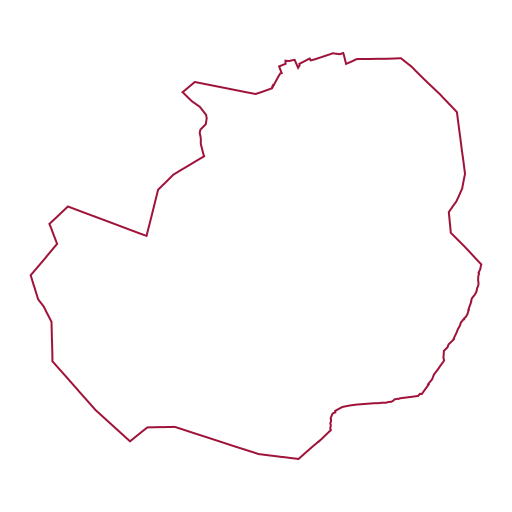 Enschede, Overijssel, Netherlands
{"feature_id": "6326949B24247619759097", "entity_name": "Enschede", "entity_type": "district", "adm_level": 2, "iso_a3": "NLD", "parent_name": "Netherlands", "parent_adm1": "Overijssel", "projection": "albers", "projection_center": [6.885, 52.223], "detail": "fine", "context": "isolated", "style": "outline", "palette": "rose", "viewbox_px": 512, "rotation_deg": 0, "n_neighbors": 0, "source": "geoboundaries", "source_scale": "gbopen_adm2", "svg_char_len": 5670}
<svg xmlns="http://www.w3.org/2000/svg" viewBox="0 0 512 512"><path d="M52.4,361.3L54.5,363.6L60.3,370.2L60.5,370.4L60.7,370.6L69.3,380.3L70.3,381.5L71.2,382.4L73.4,385.0L77.0,389.0L78.4,390.7L84.6,397.7L88.7,402.3L93.4,407.6L93.5,407.7L95.4,409.9L130.0,441.3L140.8,432.6L143.3,430.6L143.8,430.2L144.7,429.5L147.4,427.4L151.6,427.3L156.4,427.2L156.8,427.2L159.5,427.1L161.8,427.1L162.7,427.1L165.1,427.1L167.6,427.0L170.3,427.0L173.4,426.9L174.8,426.9L175.8,427.2L181.7,429.1L187.1,430.9L188.1,431.2L188.4,431.3L189.6,431.7L190.4,432.0L191.5,432.3L193.4,433.0L193.9,433.1L195.4,433.6L206.6,437.2L226.5,443.7L232.2,445.6L248.9,450.9L253.0,452.2L254.2,452.6L255.7,453.1L258.7,454.1L262.3,454.5L265.1,454.9L268.5,455.3L279.1,456.6L282.2,457.0L284.5,457.2L286.9,457.5L288.5,457.7L289.7,457.9L296.5,458.7L298.5,459.0L304.8,453.4L312.4,446.7L316.7,443.1L318.9,441.2L319.0,441.4L320.7,439.8L322.1,438.5L325.7,435.0L326.7,434.0L327.3,433.5L329.4,431.4L330.5,430.5L330.9,430.0L330.6,429.5L330.4,429.0L330.3,428.3L330.3,428.1L330.3,427.7L330.6,426.8L330.7,425.5L330.8,425.3L330.8,425.2L330.8,424.9L330.4,423.8L330.3,423.1L330.4,422.7L330.7,422.2L330.9,421.8L331.0,421.5L331.0,420.5L331.0,419.9L330.9,419.9L330.7,418.3L330.8,417.8L330.8,417.6L331.1,417.0L331.5,416.1L332.4,413.9L332.6,413.7L332.9,413.4L333.4,413.1L335.3,412.4L335.2,410.8L337.8,409.5L338.2,409.2L340.1,408.2L341.9,407.2L342.8,406.9L346.2,406.2L350.4,405.4L356.4,404.6L374.4,403.2L376.9,403.2L379.4,403.1L381.0,402.9L381.9,402.7L382.3,402.7L382.7,402.8L383.3,402.7L384.0,402.8L385.5,402.7L386.3,402.6L386.6,402.6L387.6,402.2L389.0,401.9L389.7,401.8L390.2,401.9L391.2,401.8L391.7,401.6L392.5,401.1L393.4,400.6L393.7,400.2L394.0,399.9L394.2,399.7L394.5,399.5L394.9,399.3L397.5,398.8L398.5,398.9L399.2,398.7L399.8,398.3L400.0,398.3L400.3,398.3L400.9,398.2L401.3,398.1L407.1,397.4L412.7,396.7L418.2,395.9L419.9,393.8L421.7,394.1L425.0,389.5L428.6,384.6L428.1,384.2L432.1,379.3L433.9,374.6L438.1,369.1L439.9,366.4L443.2,361.9L444.1,360.3L443.4,357.5L443.7,354.7L443.9,350.8L447.5,347.3L448.5,344.5L454.0,339.1L453.7,338.6L456.7,332.3L457.9,329.1L459.9,325.7L460.9,322.4L462.0,321.2L463.1,319.8L463.9,318.8L464.1,318.9L464.1,318.7L464.3,318.3L465.2,317.4L465.4,317.3L465.7,317.0L466.7,315.5L466.9,315.1L467.3,314.5L467.5,313.8L467.7,313.2L468.4,311.0L468.8,310.0L468.4,309.8L468.8,308.5L469.8,305.8L471.1,302.1L471.1,301.8L471.3,301.4L471.1,301.2L471.2,300.8L471.4,300.0L471.5,299.5L471.7,298.9L471.9,298.5L472.0,298.3L472.1,298.1L472.3,297.9L472.4,297.7L472.5,297.5L472.8,297.1L473.4,296.4L474.2,295.4L474.5,295.1L474.8,294.6L475.1,294.1L475.7,293.1L475.9,292.8L476.0,292.5L476.1,292.3L476.3,291.8L476.4,291.6L476.5,291.3L476.6,290.9L476.8,289.8L476.8,289.7L477.0,288.8L477.1,288.4L477.2,288.0L477.4,287.5L478.0,286.2L478.2,285.7L478.3,285.1L478.4,284.6L478.5,284.3L478.5,283.7L478.5,283.4L478.4,282.3L478.4,281.8L478.2,280.8L478.1,280.2L478.1,279.6L478.2,278.6L478.2,277.9L478.2,277.7L478.2,277.1L478.3,276.5L478.4,275.9L478.6,275.1L478.7,274.8L479.0,273.8L479.1,273.7L479.0,273.3L478.7,273.1L478.5,272.9L478.5,272.7L479.1,271.6L480.0,269.7L480.3,269.0L480.3,268.9L480.4,268.5L480.6,267.4L480.8,265.9L480.9,265.5L481.2,264.7L481.3,264.4L476.9,259.8L470.8,253.2L464.4,246.4L459.8,241.8L459.6,241.6L452.2,234.2L450.8,232.8L450.7,231.9L450.3,227.3L448.8,212.1L450.6,209.5L451.4,208.4L452.4,206.9L456.3,201.5L457.4,199.2L458.9,195.9L460.5,192.3L461.8,189.3L462.3,188.3L462.3,187.9L462.5,186.5L462.7,185.6L463.1,183.5L463.9,179.3L465.0,174.0L465.0,173.8L464.2,167.3L463.6,162.7L463.1,159.0L462.0,151.4L460.7,141.0L460.7,140.9L460.1,136.5L458.5,124.4L456.9,112.1L452.0,106.9L450.5,105.3L449.5,104.4L447.4,102.1L444.1,98.7L443.0,97.6L441.4,95.8L439.7,94.0L436.9,91.4L434.6,89.2L432.2,86.9L427.5,82.5L420.8,76.0L415.9,71.1L411.5,66.6L408.3,64.1L400.9,58.2L397.2,58.4L391.8,58.6L385.8,58.8L378.1,58.8L368.8,59.0L365.2,59.0L358.9,59.0L356.9,59.1L356.7,59.1L356.4,59.2L355.4,59.7L352.7,61.0L349.6,62.4L346.1,63.9L345.3,60.9L344.6,57.9L344.0,55.5L343.4,53.4L343.2,53.0L340.5,54.0L339.7,54.2L332.9,53.3L315.2,59.2L310.7,60.4L309.9,58.9L309.7,58.5L304.1,61.4L303.0,62.0L299.4,63.8L299.6,65.3L298.1,67.8L294.6,59.8L289.5,60.9L288.7,61.0L288.2,61.0L285.4,60.7L285.6,63.8L279.1,66.4L280.4,69.8L281.7,73.1L280.1,73.6L279.6,74.5L278.4,76.5L274.7,83.3L273.8,85.1L273.7,85.1L273.2,84.9L272.7,85.9L272.6,86.1L272.3,86.6L272.8,86.8L272.7,87.0L272.0,88.3L265.8,90.5L263.1,91.5L255.7,94.0L254.5,93.8L247.7,92.5L231.1,89.2L194.8,82.0L182.6,92.2L183.1,92.6L183.3,92.9L183.5,93.0L187.2,96.7L191.4,100.8L191.8,101.2L195.1,103.5L199.7,106.7L203.5,111.5L204.4,112.7L206.1,114.8L206.6,117.8L206.7,118.2L205.9,123.4L205.8,124.2L203.3,126.7L202.2,127.8L200.5,129.5L200.0,131.3L199.7,132.8L200.6,137.1L200.8,138.6L200.8,143.1L200.8,143.9L201.3,146.0L201.6,147.0L202.1,148.9L202.4,150.3L203.6,155.0L204.2,156.2L202.9,157.0L195.1,161.6L190.0,164.7L186.3,166.9L181.2,169.9L174.8,173.8L173.5,174.5L172.8,175.2L164.5,183.5L162.9,185.0L158.1,189.7L157.2,193.2L156.9,194.6L156.0,198.1L151.2,217.5L146.5,235.9L140.7,233.8L127.6,228.9L109.6,222.1L86.5,213.5L67.9,206.5L66.0,208.3L56.4,217.4L56.2,217.6L54.9,218.8L54.0,219.6L52.0,221.5L49.4,223.9L51.2,228.3L53.7,235.1L55.1,238.6L57.1,243.9L53.7,247.9L48.1,254.6L46.8,256.2L45.7,257.6L41.9,262.1L30.7,275.2L31.8,278.9L33.8,285.5L34.0,285.9L36.8,295.0L37.1,295.9L37.2,296.3L38.1,299.3L43.7,306.5L44.4,308.0L44.7,308.4L45.2,309.4L45.4,309.8L45.5,310.0L45.7,310.5L46.2,311.6L48.3,315.6L48.6,316.2L49.0,317.0L50.3,319.5L51.5,321.8L51.6,324.9L51.6,327.1L51.7,328.6L51.7,329.6L51.9,338.4L52.0,341.2L52.1,344.0L52.2,348.0L52.3,352.5L52.4,356.5L52.4,360.5L52.4,361.3Z" fill="none" stroke="#9f1239" stroke-width="2"/></svg>